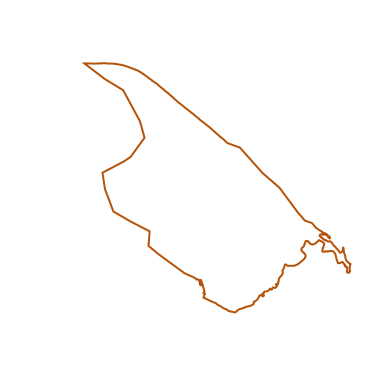 Anloga, Volta, Ghana (Albers equal-area conic projection), rotated 226°
{"feature_id": "2480657B74011824532465", "entity_name": "Anloga", "entity_type": "district", "adm_level": 2, "iso_a3": "GHA", "parent_name": "Ghana", "parent_adm1": "Volta", "projection": "albers", "projection_center": [0.753, 5.825], "detail": "fine", "context": "isolated", "style": "outline", "palette": "amber", "viewbox_px": 384, "rotation_deg": 226, "n_neighbors": 0, "source": "geoboundaries", "source_scale": "gbopen_adm2", "svg_char_len": 5695}
<svg xmlns="http://www.w3.org/2000/svg" viewBox="0 0 384 384"><g transform="rotate(226 192 192)"><path d="M26.6,247.9L26.4,248.2L26.1,248.4L25.5,248.2L24.8,248.9L24.8,249.1L25.1,249.8L25.2,250.4L25.3,250.8L25.6,251.1L26.4,251.4L27.1,251.9L29.4,254.5L29.8,255.7L30.2,256.0L31.3,255.5L32.9,255.5L34.5,255.3L36.6,255.8L39.6,257.7L42.1,258.9L43.8,259.9L45.6,261.3L45.9,261.8L46.6,262.1L46.9,262.1L47.0,261.8L46.8,261.5L46.0,261.0L45.7,260.5L44.9,259.0L44.8,258.6L44.9,257.4L45.1,256.8L45.5,256.5L45.9,256.3L49.1,256.8L51.0,256.8L53.2,257.0L53.9,256.8L54.7,256.8L56.2,256.9L58.0,257.3L60.0,257.3L60.4,257.2L61.0,256.6L61.8,255.4L62.1,255.3L63.2,255.2L63.7,255.1L64.2,254.8L64.4,254.2L64.5,254.2L65.1,254.4L65.4,254.4L65.9,254.1L66.4,253.6L66.9,253.6L67.7,253.9L68.1,253.8L68.4,253.5L68.6,253.5L69.1,253.7L69.4,253.7L69.5,253.4L70.5,253.4L70.8,253.5L71.2,253.3L71.5,253.2L71.8,253.4L72.2,254.0L72.3,254.2L72.0,255.0L71.9,255.6L71.7,255.7L71.5,255.8L71.3,255.9L71.1,256.3L70.3,256.6L70.0,256.8L69.3,257.8L68.7,258.3L67.5,258.9L67.0,259.0L66.5,258.8L65.3,258.9L64.5,258.5L64.3,258.5L63.9,258.9L63.1,258.7L63.0,258.9L63.1,259.3L63.8,259.8L64.4,259.9L66.2,259.5L68.6,259.5L69.2,259.3L69.8,259.0L70.5,258.5L72.1,258.0L72.9,257.8L74.2,257.8L76.1,257.0L78.8,256.6L79.9,256.3L86.3,256.7L93.2,253.3L93.6,253.3L96.3,253.5L97.3,253.7L102.9,253.8L134.3,257.9L156.6,255.9L190.6,257.3L202.3,251.6L204.5,251.3L204.9,251.3L207.2,251.3L208.3,251.1L209.0,251.1L209.8,250.9L211.3,250.8L211.7,250.7L211.8,250.6L212.7,250.6L213.7,250.6L214.4,250.5L215.7,250.5L216.9,250.2L220.5,250.1L220.9,250.0L223.7,249.8L224.0,249.7L225.4,249.8L227.5,249.4L229.8,249.1L231.9,248.9L232.2,248.9L232.3,248.8L235.3,248.4L237.1,248.0L238.3,248.0L239.0,247.8L241.5,247.8L242.2,247.6L245.0,247.2L245.4,247.1L246.5,247.2L247.2,247.1L248.3,246.9L249.6,246.6L251.3,246.5L255.2,245.9L256.5,245.6L258.0,245.6L262.2,245.0L264.2,244.8L265.7,244.5L266.5,244.4L268.1,244.3L271.5,244.0L272.0,244.0L272.3,244.1L273.3,244.0L278.2,243.5L279.7,243.4L279.8,243.4L280.8,243.3L283.1,242.9L284.0,242.9L285.6,242.8L286.5,242.6L289.5,242.3L293.2,241.9L294.2,241.9L297.7,241.1L299.8,240.8L299.9,240.7L300.0,240.8L303.0,240.2L303.9,240.1L304.2,240.0L306.0,239.8L307.5,239.5L308.9,239.3L309.4,239.1L310.8,239.0L310.9,238.8L312.5,238.6L313.6,238.3L314.7,238.0L316.1,237.5L317.0,237.4L317.6,237.1L318.2,236.7L319.5,236.3L320.8,235.6L321.8,235.2L322.5,234.7L323.8,234.2L324.0,234.0L324.7,233.8L327.1,232.6L327.3,232.4L328.5,231.9L331.1,230.4L333.3,229.0L333.8,228.5L336.3,226.7L336.8,226.2L337.2,226.0L338.3,225.1L338.5,224.9L340.2,223.5L340.5,223.0L343.5,220.2L344.4,219.3L345.6,218.6L347.2,216.4L348.9,214.7L349.8,213.5L350.8,212.6L351.6,211.5L353.5,209.7L355.5,207.7L355.8,207.4L358.4,204.8L359.2,203.9L333.6,207.8L313.1,213.2L279.0,203.7L264.0,195.5L259.9,172.3L261.3,164.2L268.1,141.0L254.5,131.4L232.6,121.9L213.5,127.3L193.1,134.2L183.5,123.3L171.3,124.6L138.7,130.2L136.1,131.3L134.4,131.8L132.5,132.8L129.4,133.9L127.6,134.5L125.9,134.4L125.1,135.6L124.8,135.8L124.2,135.8L122.9,135.4L119.7,133.4L119.4,133.3L118.9,133.5L118.7,133.7L118.6,134.2L118.8,134.4L119.0,134.6L120.8,135.1L123.4,137.4L122.0,137.0L121.0,136.7L111.8,132.0L111.4,130.1L111.2,129.9L109.8,130.6L108.6,127.9L108.3,127.7L108.0,126.9L100.7,129.6L95.2,132.0L94.0,132.0L93.5,132.1L92.6,132.2L90.1,133.2L89.2,133.4L87.2,133.7L85.8,134.2L83.4,135.4L81.3,135.5L80.6,136.4L79.4,136.5L77.6,138.0L76.7,138.4L75.7,139.3L75.3,139.7L75.2,142.1L75.0,143.9L74.9,144.2L74.6,144.9L74.3,145.7L73.2,147.5L73.1,147.9L72.7,148.6L72.3,150.2L72.0,150.9L71.5,151.8L71.0,152.4L70.4,153.5L68.9,156.6L68.7,157.2L68.6,157.8L68.9,158.9L69.5,159.4L70.0,160.1L69.7,160.4L69.6,160.8L69.7,161.4L69.3,162.7L69.5,166.0L70.0,166.7L70.0,166.9L70.3,167.9L70.7,168.5L70.7,168.9L70.4,169.4L69.4,170.2L68.3,170.2L67.6,170.6L67.5,171.8L67.7,172.0L68.3,171.6L69.9,172.0L69.5,173.2L70.0,174.3L70.0,174.6L70.0,174.9L69.0,176.3L68.2,177.8L68.0,178.8L67.9,179.8L68.3,180.9L68.2,181.1L67.9,181.2L67.4,181.0L67.2,181.2L66.7,181.3L66.5,181.7L66.5,182.4L67.1,183.7L65.2,185.3L65.3,185.7L65.2,186.2L65.1,186.4L65.1,186.8L65.5,188.1L65.7,188.3L66.8,188.0L67.1,188.0L67.3,188.4L67.3,188.5L66.3,189.3L66.0,190.0L66.2,190.3L66.5,190.6L66.8,191.0L67.2,191.2L67.5,191.6L67.4,192.0L69.5,194.6L69.5,194.9L69.6,196.7L69.9,197.7L69.8,199.1L69.9,199.4L71.0,201.6L72.0,201.9L72.5,202.3L72.7,202.7L72.9,203.9L74.2,206.8L75.0,207.8L75.1,208.2L75.1,208.7L74.8,209.1L74.3,209.2L73.3,209.3L72.7,209.5L72.0,210.0L71.3,210.6L70.6,211.5L68.5,213.6L68.2,214.2L67.7,214.7L66.5,217.8L66.6,218.6L66.3,219.5L66.2,220.4L66.2,222.4L66.0,223.1L65.9,223.9L66.0,227.2L66.4,227.8L66.5,228.3L66.9,229.0L67.5,229.7L68.0,229.9L68.3,229.9L69.1,230.2L69.8,230.2L70.4,230.3L70.8,230.0L71.2,230.1L71.9,230.1L73.1,230.1L73.8,230.2L74.5,230.5L74.9,230.8L75.0,231.6L75.4,232.2L75.3,232.6L75.2,233.6L75.3,235.0L75.8,235.4L75.9,236.3L76.3,237.0L76.8,237.3L77.1,238.4L77.7,239.7L77.3,240.5L76.4,240.8L76.1,241.1L75.7,241.0L75.5,241.3L75.3,241.1L74.7,241.1L73.8,241.3L73.6,241.3L73.2,241.0L72.8,241.3L71.5,241.5L70.8,242.2L70.3,242.4L70.0,242.8L69.2,245.5L69.1,249.9L65.6,251.2L62.9,251.3L62.5,250.8L62.0,249.6L61.5,249.0L61.1,248.3L60.5,246.7L59.9,245.8L58.7,244.5L58.3,244.5L58.1,244.7L57.8,245.1L57.0,245.7L56.8,246.4L56.4,246.7L56.3,247.2L55.9,247.5L55.6,247.9L55.0,248.1L53.3,250.8L52.6,251.3L51.9,252.0L51.4,252.2L48.8,252.2L47.8,252.0L47.1,251.6L43.2,249.3L42.1,248.8L39.4,247.7L38.1,249.1L37.5,251.1L36.9,251.7L34.4,251.3L33.7,251.3L33.5,251.5L32.9,251.1L32.7,250.8L32.5,250.6L32.0,250.5L31.5,250.6L31.1,251.2L30.4,251.0L30.0,251.2L29.8,251.2L29.6,251.0L29.1,250.3L28.5,249.9L28.0,249.4L27.3,248.2L26.9,248.0L26.6,247.9Z" fill="none" stroke="#b45309" stroke-width="2"/></g></svg>